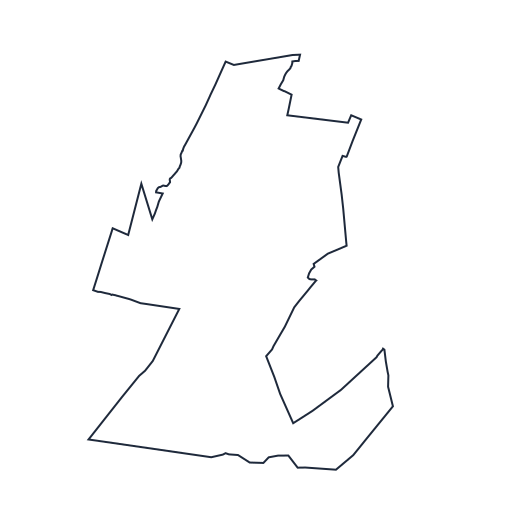 San Pablo Huixtepec, Oaxaca, Mexico, rotated 278°
{"feature_id": "50627088B78539610756075", "entity_name": "San Pablo Huixtepec", "entity_type": "district", "adm_level": 2, "iso_a3": "MEX", "parent_name": "Mexico", "parent_adm1": "Oaxaca", "projection": "mercator", "projection_center": [-96.794, 16.815], "detail": "fine", "context": "isolated", "style": "outline", "palette": "slate", "viewbox_px": 512, "rotation_deg": 278, "n_neighbors": 0, "source": "geoboundaries", "source_scale": "gbopen_adm2", "svg_char_len": 2690}
<svg xmlns="http://www.w3.org/2000/svg" viewBox="0 0 512 512"><g transform="rotate(278 256 256)"><path d="M53.4,334.4L55.5,364.9L72.3,380.0L91.3,391.4L126.2,412.5L144.9,405.0L156.2,403.7L159.8,402.4L169.8,399.2L181.1,396.2L181.9,394.7L180.8,394.4L180.3,394.1L179.9,393.7L176.0,391.2L174.7,390.4L174.3,390.1L172.6,389.5L135.3,358.8L116.4,339.5L110.7,333.7L95.6,316.1L122.8,299.1L138.7,291.0L158.2,280.0L165.7,284.9L169.2,285.9L182.0,291.1L190.0,294.4L210.5,301.0L217.6,305.1L227.0,310.9L228.1,311.6L232.5,314.2L239.9,318.8L240.1,319.0L241.0,317.4L240.5,314.0L240.6,312.1L241.9,310.3L246.2,311.0L250.3,312.6L253.5,315.4L256.2,314.2L268.3,326.8L278.8,344.3L282.4,343.4L314.9,335.8L328.6,332.3L350.0,326.3L355.6,325.0L367.2,327.8L366.7,331.4L367.1,332.0L383.5,335.7L405.8,341.2L408.6,330.7L400.8,328.6L399.7,267.4L406.2,267.9L420.7,268.8L423.2,261.3L423.2,260.6L425.0,255.1L429.6,256.7L433.8,258.5L437.5,259.0L439.8,259.7L441.5,260.4L443.3,261.4L445.1,262.8L446.4,263.7L447.1,264.0L447.7,264.0L449.2,264.7L451.9,265.1L453.7,264.9L454.6,267.9L455.1,271.1L461.5,271.6L460.1,264.1L443.8,212.8L442.1,207.5L444.3,198.9L435.4,196.3L420.1,191.9L409.4,188.5L407.9,188.1L398.1,185.2L391.2,182.9L378.9,178.8L373.9,177.0L355.6,170.1L355.0,169.9L355.4,169.9L353.8,169.4L352.1,169.0L350.1,168.8L350.0,168.4L347.6,167.8L346.0,167.3L344.3,167.4L343.7,167.6L342.4,168.0L339.7,168.8L338.0,168.9L336.7,168.7L336.2,168.6L335.3,168.4L334.4,168.1L332.7,167.9L331.4,167.0L330.4,166.6L329.7,166.3L329.2,166.1L328.6,165.8L327.6,165.1L326.5,164.4L325.5,163.8L324.7,163.2L323.6,162.5L322.5,161.8L321.8,161.3L321.5,161.1L321.2,160.6L321.0,160.3L320.7,160.1L320.4,160.0L320.1,159.9L319.3,160.0L318.0,160.4L317.7,160.5L317.0,160.6L316.8,160.5L316.7,160.4L315.9,159.9L315.0,159.5L314.1,158.9L313.8,158.7L313.2,158.3L313.0,157.9L312.8,157.7L312.8,157.4L312.8,157.2L312.8,156.9L312.7,156.5L312.8,155.4L312.9,154.5L312.7,153.9L312.4,153.5L311.1,151.8L310.9,151.2L310.8,150.6L310.5,150.2L310.0,149.7L309.6,149.4L309.1,149.1L307.9,148.7L306.9,148.2L306.1,148.1L305.1,148.2L305.1,148.5L305.1,149.5L304.9,154.9L298.3,152.8L296.3,152.2L290.8,151.4L287.9,150.7L283.8,149.9L277.9,148.2L311.6,132.4L259.0,126.5L263.5,110.2L263.0,110.1L260.3,109.7L259.1,109.5L226.6,104.0L222.9,103.4L213.2,101.8L199.5,99.5L198.5,104.5L198.8,107.1L198.3,111.8L198.0,116.5L197.3,118.4L197.8,119.0L197.6,121.6L197.6,122.2L197.3,123.8L197.3,124.2L195.7,136.6L195.4,138.3L193.2,148.2L193.2,154.4L192.9,187.4L137.7,168.4L126.9,162.1L121.1,157.0L97.5,142.8L51.0,115.7L50.5,239.7L54.7,250.8L56.5,253.3L55.8,256.8L56.4,265.9L50.6,278.5L52.1,292.1L58.4,296.6L61.4,305.6L62.9,315.8L52.2,326.7L53.4,334.4Z" fill="none" stroke="#1e293b" stroke-width="2"/></g></svg>